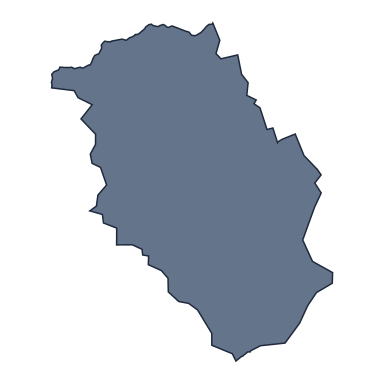 the district of Haywood, North Carolina, United States of America
{"feature_id": "52423323B65247392842469", "entity_name": "Haywood", "entity_type": "district", "adm_level": 2, "iso_a3": "USA", "parent_name": "United States of America", "parent_adm1": "North Carolina", "projection": "mercator", "projection_center": [-83.035, 35.542], "detail": "fine", "context": "isolated", "style": "filled", "palette": "slate", "viewbox_px": 384, "rotation_deg": 0, "n_neighbors": 0, "source": "geoboundaries", "source_scale": "gbopen_adm2", "svg_char_len": 1766}
<svg xmlns="http://www.w3.org/2000/svg" viewBox="0 0 384 384"><path d="M212.8,23.0L212.1,24.2L209.0,24.4L206.4,26.4L204.2,29.2L201.2,32.3L196.7,35.1L194.7,35.7L191.5,35.2L189.0,32.1L185.5,31.1L172.4,26.0L170.6,26.4L168.9,27.3L168.1,27.4L166.9,27.0L165.6,25.8L163.4,24.5L160.2,25.4L158.5,26.4L157.1,26.5L152.6,25.4L151.6,24.2L149.0,24.6L145.5,27.1L145.0,28.5L138.9,33.7L137.2,34.6L136.0,34.3L134.8,34.9L134.7,35.4L131.5,37.2L129.8,37.6L126.2,40.3L122.1,39.1L111.5,41.1L110.9,41.7L107.6,41.7L104.7,41.2L103.5,42.3L101.6,44.6L101.3,45.4L101.7,48.2L98.7,54.0L97.8,54.1L94.7,55.5L92.8,58.9L92.1,61.2L90.2,65.0L88.7,65.0L83.2,68.0L82.2,68.1L80.2,67.2L74.3,68.7L73.0,67.8L71.3,67.2L69.8,67.5L64.7,67.5L59.9,67.1L59.1,69.2L58.4,70.0L54.1,71.7L51.8,74.2L51.8,75.0L52.3,76.9L52.5,78.8L52.0,80.4L51.4,82.5L52.0,84.2L51.7,87.9L74.1,90.6L78.1,97.7L92.2,104.7L81.0,118.9L95.6,134.3L95.5,144.5L90.3,154.1L92.1,163.4L100.5,167.4L106.6,185.0L97.9,195.1L96.4,206.1L89.8,210.9L102.4,214.5L103.5,223.0L116.7,228.1L116.6,244.9L132.3,244.8L142.0,249.3L142.7,255.0L148.6,256.0L148.3,264.7L161.4,270.6L168.0,278.2L168.3,291.9L178.7,301.5L188.7,303.4L197.6,310.0L211.8,333.4L211.8,345.3L232.3,353.7L235.9,361.0L241.5,356.5L242.9,356.1L243.6,355.1L244.7,354.5L247.7,351.9L250.2,351.9L250.8,350.7L260.5,345.7L285.0,343.1L299.6,323.2L307.5,306.1L307.8,305.5L316.4,292.6L332.3,283.2L332.6,272.6L312.5,261.4L302.7,240.0L314.5,207.3L321.2,193.0L314.8,183.0L321.1,174.9L317.0,169.0L316.9,168.9L316.7,168.8L304.0,155.6L295.2,134.0L281.9,139.4L281.7,139.6L277.6,142.0L277.6,142.3L277.5,142.5L272.9,128.0L267.0,129.5L260.0,107.9L254.0,103.7L256.2,100.0L246.8,95.4L248.1,82.7L241.6,74.3L237.7,54.9L221.0,58.8L216.0,53.6L219.8,40.3L212.8,23.0Z" fill="#64748b" stroke="#1e293b" stroke-width="1.5"/></svg>